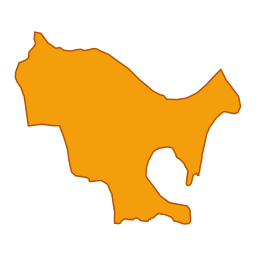 the district of Jabal Ras, Al Hudaydah, Yemen
{"feature_id": "15242507B55114277387494", "entity_name": "Jabal Ras", "entity_type": "district", "adm_level": 2, "iso_a3": "YEM", "parent_name": "Yemen", "parent_adm1": "Al Hudaydah", "projection": "orthographic", "projection_center": [43.635, 14.03], "detail": "fine", "context": "isolated", "style": "filled", "palette": "amber", "viewbox_px": 256, "rotation_deg": 0, "n_neighbors": 0, "source": "geoboundaries", "source_scale": "gbopen_adm2", "svg_char_len": 3879}
<svg xmlns="http://www.w3.org/2000/svg" viewBox="0 0 256 256"><path d="M220.8,69.4L213.0,77.4L209.8,80.9L205.9,85.1L205.7,85.2L205.0,85.8L201.3,89.1L197.4,92.5L196.7,93.1L188.0,97.4L186.6,98.1L180.3,99.1L177.1,99.6L172.4,99.4L168.2,99.3L167.5,99.3L166.6,99.3L164.0,95.9L162.6,95.2L160.2,94.8L153.2,91.2L147.7,86.5L146.1,85.2L139.8,80.0L130.5,70.7L129.4,69.6L129.2,69.5L129.1,69.3L128.6,68.8L119.7,62.5L108.5,54.4L100.7,51.0L99.7,50.6L98.8,50.1L96.9,49.1L96.3,48.7L94.0,48.7L93.0,48.7L89.6,49.5L84.1,50.6L80.8,49.3L76.8,49.6L72.9,50.6L71.0,51.1L65.0,50.4L63.9,50.2L63.2,50.1L60.2,47.6L55.9,48.2L55.5,48.0L47.9,42.9L47.6,42.6L47.5,42.4L42.8,35.8L40.7,33.3L38.2,32.9L37.9,32.8L37.5,32.7L36.2,32.4L34.8,32.1L34.2,38.8L35.0,41.4L35.5,43.3L35.2,44.6L32.9,47.8L30.6,50.2L29.1,51.8L28.8,54.4L28.8,56.6L28.0,58.2L25.4,60.3L23.9,60.8L19.1,62.8L19.0,63.0L17.9,66.1L17.6,66.8L16.6,69.6L15.7,72.3L15.6,73.9L15.4,76.1L15.4,77.6L15.6,78.1L17.1,81.8L17.5,82.4L19.7,85.7L20.7,87.1L22.1,90.9L24.2,96.6L24.9,101.1L25.6,106.0L25.7,106.8L26.0,108.9L26.1,109.7L26.4,112.1L26.6,113.6L26.8,114.8L26.8,115.0L28.3,125.1L28.3,125.9L41.9,124.2L50.0,125.3L53.4,125.7L55.2,125.7L55.5,125.7L60.0,125.8L60.3,128.1L63.0,134.8L64.7,140.0L64.8,140.1L65.2,141.5L65.9,143.6L66.7,146.5L67.7,150.3L69.1,160.9L69.4,162.2L69.4,162.3L71.6,172.1L75.5,175.7L86.4,177.4L88.3,178.5L89.2,179.1L89.3,181.3L90.0,181.6L96.6,180.8L97.9,180.7L101.5,180.5L106.9,183.9L107.1,184.0L107.3,184.2L107.5,184.3L110.3,191.0L111.2,192.7L111.7,193.6L111.8,193.9L113.5,205.1L114.7,212.2L114.5,217.6L114.6,223.3L115.6,223.2L116.7,223.2L117.3,223.3L117.7,223.7L118.1,223.7L119.1,223.5L120.3,223.1L120.7,222.5L121.0,221.9L121.4,221.3L122.3,220.6L123.2,220.0L123.7,219.6L124.0,219.1L124.5,219.0L125.2,218.9L125.8,218.8L126.2,219.0L127.0,219.1L127.6,219.1L128.1,219.2L128.8,219.7L129.3,219.8L129.9,219.7L130.5,219.3L131.2,219.1L131.6,219.6L131.9,219.8L132.1,219.9L132.6,219.7L133.1,219.7L133.9,219.3L134.4,218.6L134.9,218.2L135.6,218.2L136.7,218.3L137.6,218.4L138.2,218.6L138.8,219.1L139.5,219.6L140.2,220.4L140.9,220.7L141.9,220.8L143.4,221.0L144.3,221.0L145.3,221.1L146.1,221.3L146.9,221.5L148.1,221.0L148.2,220.6L148.6,219.8L149.0,219.3L149.9,219.4L150.4,219.6L150.6,218.9L150.8,218.4L151.4,218.0L152.2,218.0L152.6,217.7L153.2,217.8L153.7,217.7L154.7,216.6L155.8,215.5L157.1,214.4L157.8,213.9L158.4,213.6L163.6,214.4L164.0,214.4L165.5,214.7L166.9,215.3L167.1,215.4L171.8,217.4L174.0,221.0L179.9,222.3L180.4,222.7L182.7,223.7L184.7,223.9L185.9,223.8L188.1,223.6L188.7,223.4L189.9,222.4L190.4,221.8L190.5,220.6L190.6,218.2L190.4,216.8L190.2,216.2L190.2,215.3L190.1,212.8L190.2,211.4L189.3,208.5L187.2,206.1L182.3,205.0L174.2,203.5L169.3,202.6L168.2,201.8L168.0,201.7L160.5,196.0L156.0,189.9L152.7,185.4L148.1,179.5L147.3,178.3L146.7,177.4L146.0,176.3L146.0,174.6L146.2,172.1L146.7,166.4L146.8,166.0L147.3,164.4L148.4,160.8L150.1,157.6L152.3,153.5L152.9,152.3L155.5,150.0L159.6,148.2L160.0,148.1L166.5,146.9L170.5,147.4L171.7,147.8L172.8,148.7L173.7,150.1L174.6,152.3L175.3,153.3L175.8,154.2L176.0,155.5L176.3,156.6L177.3,157.6L179.8,159.3L181.5,160.7L183.5,162.7L185.4,166.2L185.7,167.1L186.3,167.7L187.0,169.5L187.6,170.2L187.9,171.3L187.3,175.4L186.3,183.5L186.7,184.9L187.9,185.4L188.4,185.4L189.0,185.4L190.3,184.5L191.4,182.6L193.2,175.3L196.1,173.2L197.0,174.2L197.3,175.0L197.9,175.5L198.5,175.5L198.9,175.1L198.8,174.8L198.7,174.3L198.6,173.7L198.9,173.2L199.6,170.9L200.3,165.7L201.5,160.5L202.2,154.2L202.4,153.3L202.7,152.2L203.5,148.6L204.6,143.7L205.4,140.2L205.6,139.6L205.8,138.5L206.4,135.3L206.4,134.9L209.7,127.1L209.8,127.0L212.8,122.9L214.6,120.3L216.0,118.4L216.4,117.8L221.8,113.1L222.6,112.4L223.0,112.0L224.9,111.6L227.6,112.2L231.9,113.2L234.4,113.7L237.9,112.3L240.6,106.6L238.8,97.8L238.8,97.7L238.5,96.4L232.6,88.5L232.5,88.3L225.5,79.1L223.9,75.3L220.8,69.4Z" fill="#f59e0b" stroke="#b45309" stroke-width="1.5"/></svg>